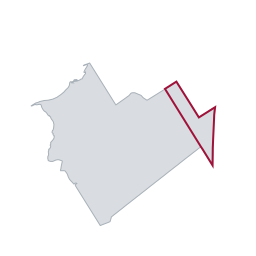 Bir Moghrein, Tiris Zemmour, Mauritania (highlighted), rotated 58°
{"feature_id": "47542326B49457561972338", "entity_name": "Bir Moghrein", "entity_type": "district", "adm_level": 2, "iso_a3": "MRT", "parent_name": "Mauritania", "parent_adm1": "Tiris Zemmour", "projection": "mercator", "projection_center": [-8.377, 26.182], "detail": "fine", "context": "in_parent", "style": "outline", "palette": "rose", "viewbox_px": 256, "rotation_deg": 58, "n_neighbors": 0, "source": "geoboundaries", "source_scale": "gbopen_adm2", "svg_char_len": 3377}
<svg xmlns="http://www.w3.org/2000/svg" viewBox="0 0 256 256"><g transform="rotate(58 128 128)"><path d="M111.2,212.1L109.6,211.0L109.0,209.9L108.0,209.1L106.5,208.5L105.6,207.9L105.1,207.2L104.6,206.7L104.0,206.5L104.0,206.2L104.1,205.9L104.0,205.2L103.1,203.7L102.3,203.1L101.6,203.2L101.2,203.0L101.0,202.7L100.9,202.2L100.5,201.8L99.6,201.6L99.0,200.5L98.5,198.5L97.9,197.0L97.1,195.8L96.5,195.4L96.1,195.3L96.0,195.2L95.9,194.8L95.3,194.7L94.4,195.1L93.7,195.0L93.3,194.4L92.8,194.4L92.1,194.8L91.4,194.7L90.6,194.0L90.1,193.3L90.0,192.6L88.6,191.1L85.9,189.0L83.0,188.0L79.9,188.2L78.1,188.1L77.7,187.7L77.3,187.8L76.9,188.2L76.5,188.2L76.0,188.0L75.8,188.2L75.7,188.7L74.5,189.0L72.4,189.0L70.7,189.3L69.4,190.0L67.6,190.3L65.2,190.2L63.7,189.9L63.2,189.6L62.5,189.5L61.7,189.7L60.9,190.7L60.2,192.6L59.6,193.7L59.1,193.9L58.6,195.3L58.4,197.7L57.9,198.7L57.9,192.9L58.6,190.7L58.8,188.8L60.3,184.5L62.1,181.0L63.7,176.4L64.3,171.9L64.1,167.5L63.6,163.5L62.8,160.9L62.0,157.2L60.8,155.2L58.7,153.4L58.2,152.4L58.7,152.0L60.0,151.8L60.8,150.4L59.1,150.9L61.1,146.7L61.7,143.9L61.6,142.0L62.0,140.9L60.5,138.4L59.3,135.2L58.6,134.7L58.0,134.4L58.0,135.2L57.6,135.8L56.9,135.4L55.5,133.1L53.7,129.4L53.0,129.0L52.5,129.5L52.1,130.0L51.5,133.1L51.3,131.9L51.6,130.4L52.1,128.6L52.6,126.1L54.2,126.1L57.0,126.1L62.8,126.1L65.7,126.1L71.4,126.1L74.3,126.1L80.0,126.1L82.9,126.1L88.6,126.1L91.5,126.1L97.3,126.1L100.1,126.1L102.0,126.0L101.9,124.3L101.8,122.8L101.7,120.9L101.6,119.0L101.5,117.1L101.4,115.3L101.3,113.5L101.1,111.9L101.1,110.4L100.9,109.5L100.3,107.7L100.1,106.9L100.3,106.0L100.7,105.1L101.8,103.5L103.5,102.3L105.5,100.9L107.0,99.8L107.8,99.5L110.1,99.2L111.9,98.4L113.7,97.6L114.5,97.1L114.6,95.6L114.6,62.3L123.4,62.3L125.8,62.3L142.1,62.3L144.4,62.3L156.3,62.3L156.3,60.7L156.3,58.4L156.3,55.3L156.3,52.1L156.3,46.5L156.3,44.2L158.7,45.7L163.4,48.8L165.7,50.4L170.4,53.5L175.2,56.6L179.9,59.7L182.2,61.2L184.6,62.8L186.9,64.3L189.3,65.9L194.0,68.9L196.0,70.2L199.0,72.3L201.8,74.2L204.7,76.1L200.3,76.1L194.4,76.1L190.4,76.2L186.3,76.2L182.5,76.2L182.8,79.3L183.2,82.7L183.5,86.2L183.9,89.6L184.2,93.0L185.3,103.2L185.7,106.5L186.0,109.9L186.4,113.3L186.7,116.6L187.5,123.4L187.8,126.7L188.2,130.0L188.5,133.4L188.9,136.7L189.2,140.0L190.0,146.7L190.3,150.0L190.7,153.3L191.0,156.6L191.4,159.9L191.7,163.1L192.1,166.4L192.4,169.7L193.2,176.3L193.5,179.5L193.9,182.8L194.2,186.0L194.6,189.2L196.1,190.8L197.9,192.9L197.4,195.9L196.7,199.4L196.0,203.2L190.8,203.2L185.7,203.2L172.9,203.2L170.4,203.2L157.6,203.2L155.1,203.2L150.1,203.2L148.7,203.1L148.1,202.8L148.0,200.8L147.5,200.9L147.0,201.5L146.7,202.1L146.8,203.0L146.7,203.7L145.1,203.9L142.9,204.4L140.6,204.8L138.2,204.6L137.4,204.5L136.5,204.2L134.7,203.9L133.6,203.9L132.5,204.0L131.1,204.1L130.6,204.5L129.6,206.0L128.6,207.7L127.9,207.6L127.2,206.7L125.2,205.0L122.7,202.6L121.6,201.5L121.0,201.3L119.8,202.2L118.8,203.0L117.8,204.1L117.3,205.2L116.9,206.4L116.7,207.9L116.4,209.7L115.5,211.1L114.5,212.1L113.7,212.6L113.5,212.9L111.2,212.1ZM60.0,147.8L59.2,149.1L58.8,148.6L58.7,147.8L59.4,146.5L59.7,145.9L60.3,145.7L60.0,147.8Z" fill="#d9dde1" stroke="#a8b0b8" stroke-width="1"/><path d="M182.7,76.1L185.5,76.0L204.5,76.1L189.7,66.6L175.6,56.9L162.4,47.8L156.5,43.1L156.6,62.3L139.4,62.3L117.6,62.4L114.3,62.4L114.4,75.9L182.7,76.1Z" fill="none" stroke="#9f1239" stroke-width="2"/></g></svg>